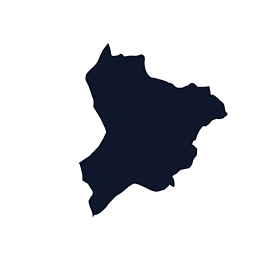 outline of Mustaba, Hajjah, Yemen, rotated 315°
{"feature_id": "15242507B50063200488288", "entity_name": "Mustaba", "entity_type": "district", "adm_level": 2, "iso_a3": "YEM", "parent_name": "Yemen", "parent_adm1": "Hajjah", "projection": "mercator", "projection_center": [43.275, 16.274], "detail": "fine", "context": "isolated", "style": "filled", "palette": "ink", "viewbox_px": 256, "rotation_deg": 315, "n_neighbors": 0, "source": "geoboundaries", "source_scale": "gbopen_adm2", "svg_char_len": 3778}
<svg xmlns="http://www.w3.org/2000/svg" viewBox="0 0 256 256"><g transform="rotate(315 128 128)"><path d="M137.9,61.0L137.5,61.0L136.0,61.6L134.7,62.4L133.4,63.4L132.5,64.7L131.9,66.2L131.5,67.7L130.9,69.2L130.4,70.9L129.6,72.5L128.8,74.2L128.3,75.6L127.5,76.9L126.7,78.5L125.8,80.1L125.2,81.6L124.5,83.1L123.8,84.5L121.2,87.2L119.3,88.7L119.1,88.9L116.2,101.2L115.7,102.8L115.1,104.5L114.5,106.2L113.9,107.8L113.2,109.7L112.7,111.1L112.0,112.9L111.3,114.3L110.4,115.6L110.0,116.3L102.9,118.7L94.4,121.0L80.8,121.2L79.8,121.0L69.0,118.8L69.0,119.8L68.1,121.3L67.3,122.7L66.2,124.6L65.2,126.1L65.1,126.3L64.2,127.7L63.5,128.9L59.5,133.1L60.9,138.6L60.7,140.2L60.3,141.8L60.1,142.6L59.9,143.3L59.7,144.9L59.3,146.4L58.7,148.2L57.8,149.5L56.6,150.4L55.1,150.9L53.5,151.1L52.0,151.4L50.4,151.8L49.0,152.3L48.0,153.5L47.2,154.8L46.4,156.3L45.7,157.8L45.0,159.3L44.4,160.8L43.8,162.3L43.0,163.6L42.1,164.8L41.9,165.0L42.4,164.9L43.8,165.6L45.1,166.5L46.7,167.1L48.2,167.5L50.2,167.7L51.8,167.8L53.7,167.9L53.9,167.9L55.6,167.9L57.4,167.7L59.1,167.4L61.2,167.1L63.3,167.0L65.2,167.0L66.8,166.9L68.7,166.9L70.4,166.9L72.1,167.0L73.7,167.4L75.4,167.9L76.9,168.2L78.4,168.5L80.1,168.7L81.6,168.7L83.4,168.9L85.0,169.0L86.8,169.2L88.3,169.4L89.9,169.8L91.4,170.1L92.8,170.6L94.1,171.6L95.0,173.1L95.8,174.4L96.4,175.7L97.0,177.3L97.6,178.8L98.2,180.3L98.7,181.7L99.2,183.2L99.7,184.7L100.2,186.2L100.7,187.7L101.4,189.2L102.2,190.7L103.0,191.9L104.0,193.1L106.5,194.5L110.3,196.6L115.9,196.9L117.4,196.4L118.2,197.5L118.9,201.2L120.0,200.9L121.4,199.4L122.8,197.4L123.6,196.1L123.9,194.4L124.6,192.9L126.4,192.8L128.2,193.1L129.7,193.8L135.6,194.0L143.2,198.9L143.7,198.9L144.1,198.9L145.2,198.8L146.9,198.5L148.7,197.6L150.3,196.7L151.8,195.9L157.2,195.1L161.4,191.5L161.5,187.8L161.6,187.4L160.8,184.0L162.7,183.7L164.1,182.9L165.0,182.4L165.6,182.1L165.8,182.5L165.8,182.9L167.0,183.6L168.4,182.9L169.9,182.2L171.5,181.4L172.1,181.2L173.0,180.9L174.6,180.4L175.7,180.0L176.1,179.9L177.7,179.5L179.3,179.2L181.0,179.1L182.5,179.1L183.7,180.1L184.8,181.3L186.3,181.4L187.6,181.7L189.2,181.7L191.2,181.5L193.1,181.5L197.4,183.3L197.9,183.9L199.1,185.6L200.0,186.2L202.1,187.7L203.7,187.8L205.2,187.9L206.8,188.3L208.0,187.6L207.8,186.6L208.0,185.0L208.9,183.6L209.7,182.3L210.6,181.0L211.5,179.7L212.1,178.2L212.2,176.6L212.0,175.0L211.8,173.8L211.7,173.3L211.8,171.8L211.9,171.1L212.0,171.0L211.3,166.2L211.1,165.0L210.5,164.4L210.1,164.2L209.8,164.4L209.4,164.7L209.0,164.7L208.9,164.5L209.8,162.1L214.1,156.1L212.8,155.2L211.4,154.2L210.3,153.1L209.2,152.0L208.0,150.8L206.9,149.7L205.8,148.6L205.5,147.0L205.7,145.2L205.5,143.4L204.7,142.0L203.2,141.2L202.9,141.2L201.6,141.2L200.5,141.1L199.8,140.7L198.6,140.0L197.5,139.5L196.3,139.2L194.7,138.6L193.6,137.6L192.3,136.5L191.1,135.2L190.9,134.9L190.4,133.8L189.9,132.1L190.1,130.1L189.9,128.3L189.3,126.7L188.2,125.3L187.8,123.9L187.3,122.4L186.7,121.0L185.8,119.3L185.1,117.9L184.2,116.4L183.5,115.1L182.7,113.7L181.9,112.4L181.1,111.1L180.0,109.8L179.3,108.4L179.1,106.7L179.1,105.1L179.3,103.4L179.8,101.9L180.4,100.1L181.1,98.6L181.9,97.3L182.8,96.0L183.9,94.6L184.0,94.5L185.0,93.3L186.1,92.3L187.4,91.2L187.6,91.1L188.8,90.0L189.6,88.5L189.5,86.8L188.5,85.5L186.9,85.0L183.6,82.7L181.9,80.7L180.2,78.9L176.7,76.3L174.9,74.9L175.3,73.0L175.3,71.6L174.7,70.9L171.9,70.1L170.5,69.1L169.0,68.2L167.9,67.0L167.2,66.0L167.0,65.7L167.3,64.2L168.1,62.9L169.0,61.7L169.9,60.4L170.8,59.1L171.5,57.8L172.3,56.2L172.9,54.8L171.7,55.0L170.0,55.2L168.4,55.4L166.8,55.6L165.3,55.9L163.9,56.4L163.7,56.4L162.0,57.0L160.3,57.6L158.5,58.3L157.0,59.0L155.5,59.5L154.0,60.0L152.4,60.5L150.9,60.8L149.2,60.9L147.7,60.9L146.1,60.9L144.5,60.9L142.7,60.8L140.8,60.8L139.2,60.8L137.9,61.0Z" fill="#0f172a" stroke="#020617" stroke-width="1.5"/></g></svg>